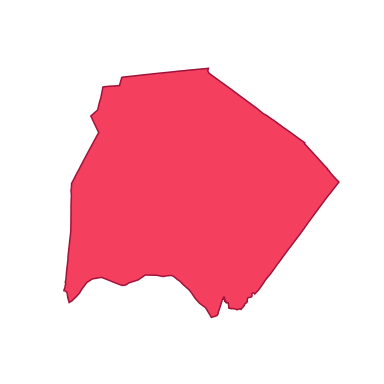 Valea Ramnicului, Buzau, Romania (Robinson projection), rotated 168°
{"feature_id": "2599482B35359863069359", "entity_name": "Valea Ramnicului", "entity_type": "district", "adm_level": 2, "iso_a3": "ROU", "parent_name": "Romania", "parent_adm1": "Buzau", "projection": "robinson", "projection_center": [27.043, 45.336], "detail": "fine", "context": "isolated", "style": "filled", "palette": "rose", "viewbox_px": 384, "rotation_deg": 168, "n_neighbors": 0, "source": "geoboundaries", "source_scale": "gbopen_adm2", "svg_char_len": 5014}
<svg xmlns="http://www.w3.org/2000/svg" viewBox="0 0 384 384"><g transform="rotate(168 192 192)"><path d="M310.6,214.7L310.7,214.0L311.0,212.4L311.3,211.1L311.9,209.2L312.8,205.3L313.1,204.2L314.1,199.4L314.3,198.5L315.4,193.5L316.9,186.8L317.7,183.3L318.7,179.0L320.2,174.3L320.6,173.2L321.7,169.9L322.4,167.8L323.2,165.3L323.7,163.9L325.1,159.5L325.6,158.1L325.8,157.5L325.9,157.2L326.8,154.3L326.9,153.7L327.1,153.1L327.1,152.8L327.2,152.4L327.3,152.0L327.5,151.4L328.1,149.6L329.8,144.5L330.2,143.8L330.3,143.0L330.5,142.2L330.8,141.6L331.0,141.0L331.5,139.4L332.1,137.7L332.1,137.2L332.4,136.2L332.8,135.1L333.2,133.8L333.5,132.8L334.2,131.2L334.5,130.6L334.7,130.1L334.8,129.9L334.6,129.6L334.6,129.4L334.6,129.1L334.7,128.8L334.7,128.6L334.8,128.2L334.9,127.9L334.9,127.7L335.1,127.4L335.4,127.2L335.6,126.7L335.7,126.4L335.8,126.0L335.9,125.6L336.1,125.2L336.3,124.7L336.6,124.2L336.9,123.8L337.1,123.6L337.3,123.3L337.5,123.0L337.6,122.7L337.7,122.4L337.8,122.1L337.5,122.0L337.2,121.9L336.9,121.7L336.4,121.4L335.4,120.0L335.1,118.5L335.4,116.4L335.4,115.3L335.5,114.3L335.2,111.0L335.1,109.4L333.8,109.9L332.2,110.4L329.8,111.9L327.4,113.4L323.2,116.4L319.6,120.2L313.6,125.4L307.4,127.7L298.2,127.3L292.9,123.8L288.4,120.7L283.3,117.3L280.2,115.4L279.1,115.0L277.3,114.8L275.7,114.9L272.8,116.2L269.1,116.6L262.9,117.2L255.0,120.5L250.2,119.4L243.8,117.9L239.0,115.8L237.8,115.3L234.3,115.3L229.7,114.7L227.5,113.3L224.3,109.2L222.5,107.4L219.8,103.1L215.1,96.8L213.4,93.3L211.1,87.5L207.9,81.8L202.8,76.0L199.1,65.3L198.1,65.4L195.6,65.6L195.0,65.7L194.1,65.8L193.3,66.0L193.0,66.1L192.8,66.2L192.5,66.6L191.9,67.4L191.4,68.7L189.0,72.7L185.9,78.2L185.1,79.7L184.9,80.0L184.6,80.4L182.8,82.6L182.1,82.3L182.6,81.7L183.5,80.4L182.2,80.2L182.4,79.6L182.7,78.4L181.9,78.4L182.0,77.2L181.3,77.1L181.3,76.3L179.6,76.2L179.9,71.8L180.0,71.8L180.1,70.7L177.6,69.6L177.5,69.9L176.6,69.6L175.3,69.0L173.5,68.4L172.7,67.5L172.2,67.5L171.6,67.6L170.7,67.6L169.5,67.8L169.2,67.7L168.6,67.0L168.5,66.9L168.3,67.1L168.2,67.2L168.1,67.3L167.9,67.4L167.7,67.6L167.3,67.9L167.0,68.2L166.6,68.5L166.1,68.7L165.6,69.1L165.4,69.2L165.2,69.5L165.0,69.8L164.8,69.9L164.6,70.1L164.3,70.3L164.2,70.5L164.0,70.8L163.9,70.9L163.6,71.4L163.3,71.7L162.9,71.9L162.3,72.1L161.9,72.4L161.6,72.5L161.4,72.7L161.4,72.8L161.2,73.0L160.7,73.2L160.6,73.3L160.6,73.5L160.5,74.2L160.5,74.6L160.4,75.0L160.3,75.3L160.1,75.6L160.0,75.8L159.9,76.0L159.3,76.8L159.0,76.9L158.6,77.0L157.1,76.9L156.2,77.0L155.5,77.1L155.1,77.5L154.9,77.9L154.8,78.7L154.8,79.1L154.5,79.8L154.2,80.2L153.7,80.6L153.3,80.6L152.5,80.2L152.1,80.1L151.8,79.9L151.7,79.5L151.7,79.3L147.6,82.0L145.3,84.1L142.6,86.6L140.3,88.7L140.2,88.8L140.0,89.2L139.4,89.8L137.7,91.3L135.2,93.3L133.7,94.4L132.8,95.1L129.8,97.8L128.1,99.3L125.6,101.6L123.7,103.4L122.3,104.6L120.8,105.9L119.9,106.7L119.0,107.5L117.0,109.3L116.0,110.2L114.1,111.9L112.0,113.8L109.5,116.0L105.0,119.8L102.0,122.4L98.7,125.3L97.2,126.5L95.6,127.9L91.1,132.0L89.6,133.3L88.2,134.7L84.6,138.0L80.3,141.8L79.7,142.4L61.8,158.2L56.2,162.8L46.2,171.2L49.6,176.6L52.6,181.9L53.9,184.9L54.5,185.2L54.5,185.8L54.5,186.0L54.6,186.5L55.2,187.5L57.2,190.7L57.8,191.7L61.5,198.1L61.8,198.7L62.4,199.9L62.7,200.2L64.0,202.4L68.0,209.2L71.6,215.3L72.0,215.9L71.4,216.6L72.1,217.4L75.4,221.0L75.9,221.5L76.7,222.4L79.0,225.0L85.6,232.3L88.8,235.7L94.0,241.5L97.1,245.1L98.4,246.3L99.9,247.9L101.2,249.3L102.2,250.5L103.1,251.3L103.7,251.9L103.9,252.1L104.7,252.7L106.1,254.0L106.6,254.6L109.5,258.2L111.3,260.5L113.1,262.5L116.1,265.9L126.6,277.7L129.8,281.4L132.4,284.4L134.0,286.1L136.3,288.7L139.1,291.8L141.5,294.4L143.9,297.1L146.9,300.4L147.3,300.8L147.5,301.1L148.2,301.9L148.5,302.2L149.9,303.8L150.6,304.7L150.8,305.2L151.0,305.8L151.5,306.9L150.2,309.6L151.0,309.7L152.6,309.8L153.4,309.9L155.0,310.1L157.4,310.4L158.5,310.5L160.8,310.8L164.6,311.2L168.3,311.7L175.2,312.4L175.5,312.4L178.8,312.9L184.3,313.4L185.5,313.5L202.7,315.4L209.9,316.1L211.3,316.3L213.4,316.5L215.2,316.7L216.2,316.8L220.7,317.2L224.6,317.6L226.5,317.8L227.5,317.9L231.5,318.3L235.4,318.7L235.6,318.7L236.1,318.7L236.7,318.7L236.9,318.6L237.1,318.5L237.2,318.1L237.3,317.7L237.7,317.1L237.8,316.8L238.1,316.3L238.4,315.9L238.6,315.5L238.9,315.0L239.0,314.7L239.2,314.3L239.3,314.1L239.4,313.8L239.5,313.6L239.6,313.3L239.7,313.2L239.9,313.0L240.1,312.6L240.3,312.2L240.5,311.9L240.5,311.6L240.6,311.2L241.5,311.3L243.1,311.5L246.1,311.9L251.2,312.7L253.2,312.9L257.2,313.3L257.3,313.2L261.3,303.8L262.6,301.3L264.2,298.4L266.5,293.4L267.0,292.3L267.3,291.9L267.5,291.7L268.1,291.3L268.3,291.2L268.7,291.0L269.4,290.6L270.9,289.8L273.5,288.3L275.2,287.3L274.7,285.6L274.3,283.9L273.3,279.5L272.4,275.7L271.6,272.5L271.4,271.8L270.9,269.6L287.1,250.6L293.3,243.2L296.0,239.9L297.9,237.5L299.5,235.7L301.5,233.4L304.7,229.4L308.2,225.1L308.1,224.7L308.3,224.2L308.5,223.6L309.0,221.3L309.8,219.3L310.0,218.7L310.2,217.8L310.2,217.6L310.3,216.1L310.5,214.8L310.6,214.7Z" fill="#f43f5e" stroke="#9f1239" stroke-width="1.5"/></g></svg>